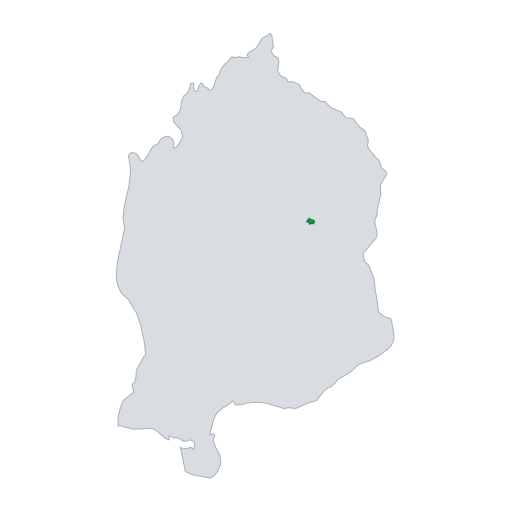 Budesti, Bistrita-Nasaud, Romania (highlighted), rotated 91°
{"feature_id": "2599482B13391469059037", "entity_name": "Budesti", "entity_type": "district", "adm_level": 2, "iso_a3": "ROU", "parent_name": "Romania", "parent_adm1": "Bistrita-Nasaud", "projection": "equal_earth", "projection_center": [24.229, 46.834], "detail": "fine", "context": "in_parent", "style": "filled", "palette": "green", "viewbox_px": 512, "rotation_deg": 91, "n_neighbors": 0, "source": "geoboundaries", "source_scale": "gbopen_adm2", "svg_char_len": 4896}
<svg xmlns="http://www.w3.org/2000/svg" viewBox="0 0 512 512"><g transform="rotate(91 256 256)"><path d="M408.1,285.8L413.2,292.1L419.6,295.4L434.3,299.0L435.6,298.6L435.7,297.9L434.7,297.0L434.5,295.8L435.2,294.4L437.2,294.3L440.5,295.6L446.7,293.7L455.9,288.7L464.3,287.6L472.2,290.6L476.2,294.1L478.9,297.4L478.2,301.5L477.8,304.0L476.1,314.6L474.8,318.5L472.6,322.9L448.6,328.2L450.1,325.7L449.5,321.2L448.4,317.9L450.5,314.9L445.1,313.8L442.7,315.4L441.0,318.3L442.8,325.0L440.2,328.7L439.3,330.8L439.3,335.7L437.8,337.8L437.5,340.1L441.3,339.5L439.7,343.7L432.7,351.9L430.2,356.7L431.3,376.0L428.4,387.6L428.2,391.0L420.5,391.1L418.2,390.8L410.8,389.1L402.5,386.0L397.6,380.1L394.4,375.8L387.5,377.7L386.2,377.2L384.2,375.1L379.0,373.8L372.5,373.7L357.9,366.0L356.3,364.6L344.9,366.0L327.9,369.8L314.9,374.6L301.5,383.0L296.1,389.5L289.8,392.9L280.8,395.4L264.7,394.5L247.9,391.2L229.9,387.8L220.1,389.7L207.0,388.2L187.1,384.1L172.3,382.8L157.8,385.3L155.3,383.4L154.8,381.3L155.4,378.2L157.5,375.8L161.0,374.0L162.9,372.1L163.1,370.2L159.1,367.1L151.1,362.9L147.8,360.3L146.9,359.6L146.7,357.3L145.1,355.4L141.9,354.1L139.5,351.6L137.9,348.1L138.3,344.7L140.7,341.6L143.9,340.2L147.7,340.7L149.3,339.8L148.7,337.6L145.0,334.8L138.2,331.4L131.2,333.2L124.0,340.3L118.9,341.5L115.8,336.7L110.2,333.9L102.2,333.0L97.3,331.1L95.5,328.4L92.0,326.2L84.3,324.0L84.3,321.8L85.5,321.3L88.3,321.1L92.0,320.7L92.6,319.4L92.6,318.3L89.8,316.9L86.8,315.9L85.3,315.0L84.4,313.9L84.2,312.8L85.1,312.0L86.2,312.0L87.4,311.3L88.1,308.7L89.7,306.6L90.9,305.8L90.8,304.3L89.7,302.8L88.1,301.5L85.7,300.8L78.4,298.5L74.8,295.5L72.5,295.3L69.0,293.6L65.1,291.0L61.9,287.2L58.3,284.7L57.4,283.7L57.3,282.7L58.0,281.7L58.0,280.5L57.1,276.8L57.8,272.9L57.7,269.2L57.7,267.5L57.0,267.0L56.4,267.6L55.5,268.3L54.6,268.4L52.0,265.7L48.7,260.2L46.5,258.4L42.1,255.9L38.4,253.8L35.8,249.2L33.1,245.7L35.0,244.2L45.7,242.2L50.6,244.2L52.8,243.5L55.1,241.8L56.3,240.5L56.5,239.1L57.6,237.4L61.2,236.5L70.7,237.6L74.6,235.2L76.0,233.8L77.0,230.9L78.0,228.6L81.4,227.3L81.4,225.2L80.9,222.8L83.0,217.6L84.2,215.5L86.2,214.7L88.5,213.1L92.6,209.7L91.7,206.7L92.6,204.5L96.8,199.2L100.1,194.1L100.1,191.5L100.6,189.3L103.4,186.8L106.4,183.6L110.5,173.6L111.9,172.0L114.5,170.1L116.4,168.2L116.7,161.7L118.5,159.8L122.0,157.7L125.4,154.3L128.2,150.2L130.4,148.4L133.2,147.9L136.3,146.3L139.7,145.7L143.0,146.5L145.1,146.1L148.3,144.1L156.5,136.8L157.7,135.3L159.3,134.3L165.9,131.8L167.6,129.3L169.9,127.0L172.8,127.2L182.3,132.8L192.5,132.4L194.3,132.6L194.9,132.7L196.2,133.2L209.7,136.0L211.8,135.7L212.4,135.5L217.9,137.8L222.7,137.5L227.3,135.9L232.1,135.3L236.4,136.3L239.8,139.5L248.5,146.4L251.0,149.0L255.0,148.6L259.4,147.3L263.8,142.7L277.4,137.5L287.8,136.2L298.0,134.1L309.7,132.6L313.1,128.4L314.9,125.5L316.2,120.1L322.5,118.5L328.5,117.4L330.6,116.8L335.0,116.6L338.4,117.0L343.7,119.7L347.4,123.0L348.9,125.6L352.1,129.3L355.5,134.6L359.3,141.6L360.2,145.1L361.6,149.0L364.4,153.6L369.7,158.8L370.5,159.8L372.9,163.4L377.6,171.5L381.5,174.7L384.9,178.2L386.6,181.8L389.1,185.0L394.8,189.3L399.4,193.2L403.3,204.4L406.0,209.6L407.7,213.5L407.1,221.5L408.2,225.0L406.3,231.2L402.8,243.9L402.1,254.0L402.9,259.4L403.0,262.9L404.0,265.1L405.1,269.7L405.3,273.8L404.0,274.9L402.1,275.9L401.4,276.7L403.2,278.5L405.7,281.9L408.1,285.8Z" fill="#d9dde1" stroke="#a8b0b8" stroke-width="1"/><path d="M220.8,205.5L220.8,205.4L220.7,205.2L220.6,204.9L220.7,204.7L220.8,204.7L221.0,204.4L220.9,204.2L221.0,203.9L221.3,203.6L221.5,203.5L221.8,203.5L222.0,203.4L222.3,203.2L222.5,203.2L222.8,203.2L223.0,203.1L223.0,202.9L222.9,202.9L222.7,203.0L222.6,202.9L222.4,202.7L222.2,202.6L221.8,202.5L221.7,202.6L221.3,202.2L221.3,201.9L221.4,201.7L221.5,201.7L221.7,201.4L221.8,201.4L222.0,201.3L222.1,201.2L222.2,200.9L222.3,200.9L222.5,201.0L222.5,200.9L222.4,200.7L222.3,200.8L222.2,200.8L222.1,200.7L221.9,200.7L221.7,200.6L221.8,200.5L222.0,200.4L222.2,200.2L222.1,199.9L222.1,199.7L222.3,199.5L222.4,199.4L222.6,199.2L222.4,199.0L222.3,198.9L222.2,198.9L222.1,199.0L221.7,198.9L221.4,198.8L221.2,198.7L221.0,198.4L220.9,198.5L220.7,198.5L220.4,198.7L220.2,198.6L219.9,198.7L219.6,198.7L219.5,198.8L219.5,199.0L219.7,199.3L219.8,199.4L219.8,199.5L219.7,199.6L219.6,199.8L219.5,200.0L219.4,200.1L219.2,200.3L219.1,200.5L218.9,200.7L218.9,200.8L219.0,200.9L219.1,201.0L219.3,201.2L219.3,201.3L219.4,201.5L219.2,201.7L219.2,201.8L218.9,201.9L218.7,202.0L218.4,202.1L218.5,202.3L218.6,202.5L218.7,202.8L218.5,203.0L218.4,203.1L218.5,203.3L218.5,203.5L218.4,203.5L218.3,203.4L218.2,203.4L217.8,203.5L218.0,203.7L218.1,203.8L218.3,203.8L218.5,203.9L218.8,203.9L218.8,204.0L219.0,204.2L219.2,204.3L219.3,204.4L219.3,204.5L219.5,204.5L219.6,204.8L219.4,204.9L219.6,205.0L219.6,204.9L219.6,205.0L219.8,205.1L220.0,205.1L220.3,205.2L220.4,205.3L220.5,205.3L220.8,205.5Z" fill="#22c55e" stroke="#15803d" stroke-width="1.5"/></g></svg>